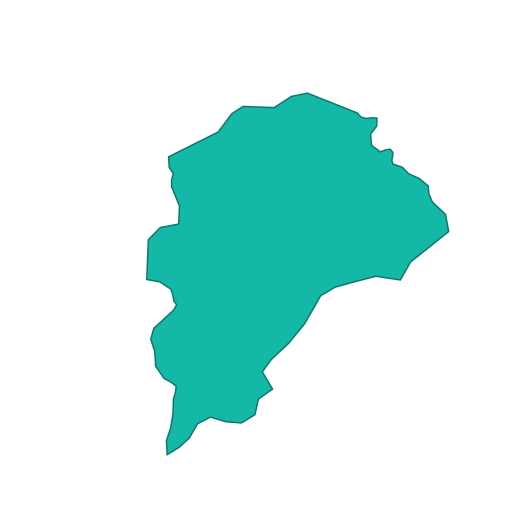 SVG path tracing the border of Mubende, rotated 327°
{"feature_id": "UGA-3093", "entity_name": "Mubende", "entity_type": "District", "adm_level": 1, "iso_a3": "UGA", "parent_name": "Uganda", "parent_adm1": "", "projection": "orthographic", "projection_center": [31.514, 0.518], "detail": "fine", "context": "isolated", "style": "filled", "palette": "teal", "viewbox_px": 512, "rotation_deg": 327, "n_neighbors": 0, "source": "natural_earth", "source_scale": "10m", "svg_char_len": 1103}
<svg xmlns="http://www.w3.org/2000/svg" viewBox="0 0 512 512"><g transform="rotate(327 256 256)"><path d="M208.6,187.1L219.1,172.3L223.0,151.8L226.7,146.2L231.6,141.8L231.4,134.6L236.7,125.2L291.8,131.4L313.2,123.5L326.6,123.5L352.0,141.4L372.8,141.5L387.8,147.4L418.9,191.3L419.6,196.5L423.0,200.5L428.2,203.1L432.6,206.2L428.0,212.8L418.4,216.2L413.2,226.1L416.9,236.3L422.1,237.5L426.7,239.5L427.2,243.6L424.8,246.9L421.9,249.8L421.0,253.7L427.1,261.4L428.7,269.9L435.1,279.9L438.6,291.0L434.8,298.1L433.3,306.8L437.6,324.4L430.9,340.4L382.4,345.2L364.0,354.7L345.4,338.2L319.4,329.6L305.3,325.2L288.7,324.5L259.9,339.3L236.1,346.9L212.2,351.2L198.2,356.6L197.4,376.6L180.1,377.3L168.7,388.5L152.9,388.1L140.5,378.6L129.9,366.2L115.5,364.9L101.0,372.3L87.5,374.6L73.4,374.2L80.2,362.2L91.0,353.5L100.7,342.8L108.8,331.1L114.1,326.5L118.2,321.7L115.8,315.1L112.2,308.6L111.8,293.9L119.1,280.9L122.5,268.4L130.9,261.0L157.6,256.5L162.9,253.6L162.6,248.9L165.2,243.2L166.5,237.4L161.4,225.5L151.6,216.2L174.6,183.7L191.2,180.0L208.6,187.1Z" fill="#14b8a6" stroke="#0f766e" stroke-width="1.5"/></g></svg>